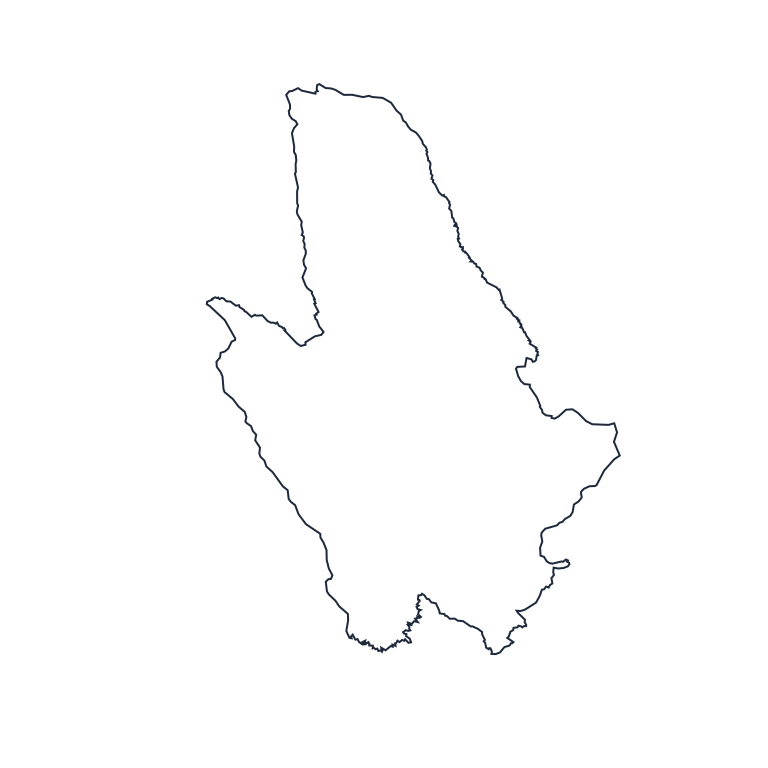 Nganjuk, Jawa Timur, Indonesia, rotated 135°
{"feature_id": "22746128B46559606025688", "entity_name": "Nganjuk", "entity_type": "district", "adm_level": 2, "iso_a3": "IDN", "parent_name": "Indonesia", "parent_adm1": "Jawa Timur", "projection": "equal_earth", "projection_center": [111.94, -7.615], "detail": "fine", "context": "isolated", "style": "outline", "palette": "slate", "viewbox_px": 768, "rotation_deg": 135, "n_neighbors": 0, "source": "geoboundaries", "source_scale": "gbopen_adm2", "svg_char_len": 6166}
<svg xmlns="http://www.w3.org/2000/svg" viewBox="0 0 768 768"><g transform="rotate(135 384 384)"><path d="M249.0,193.4L254.2,196.4L265.2,208.3L267.3,214.9L267.3,226.4L268.6,232.8L273.5,237.1L283.4,237.6L287.7,238.8L289.5,241.5L288.1,242.8L291.6,247.3L292.3,251.5L290.6,253.9L290.0,257.7L288.9,258.1L285.4,266.4L283.1,278.8L281.3,280.4L284.8,284.7L285.1,289.3L283.6,294.6L279.8,301.6L277.6,301.8L271.9,296.7L264.8,301.6L262.3,297.1L263.1,294.5L261.6,293.5L259.5,293.5L255.8,296.2L254.7,295.4L254.3,296.7L252.5,297.8L253.0,299.8L252.1,300.1L252.7,300.5L251.5,300.2L251.5,301.7L250.6,301.9L252.5,309.5L250.6,310.1L250.8,312.1L250.0,311.6L249.2,317.4L247.7,320.9L248.4,321.5L246.7,325.6L247.4,327.7L245.9,327.6L245.6,329.2L244.7,329.2L244.9,331.4L243.4,333.2L244.6,333.6L243.6,334.8L243.9,336.2L243.0,336.2L244.1,340.7L243.0,345.6L243.6,352.8L242.4,354.1L242.3,357.1L241.3,357.6L241.6,360.5L240.2,360.6L235.5,369.1L236.4,369.5L236.1,372.8L239.4,382.9L238.0,386.4L238.7,387.1L238.1,388.2L238.9,390.7L235.3,392.8L235.3,395.9L234.2,398.7L235.5,401.6L234.0,403.7L234.9,405.4L234.5,407.5L236.0,409.3L234.7,409.2L234.7,413.1L234.0,412.9L233.6,414.6L233.1,418.5L233.7,419.5L233.0,420.2L234.1,421.8L233.7,424.0L232.6,423.7L231.4,425.1L232.9,426.5L233.0,427.7L231.1,428.8L230.6,432.3L229.2,434.5L228.1,433.8L227.5,435.7L225.1,437.2L223.8,440.5L221.4,441.7L221.2,443.4L222.5,446.2L221.4,446.5L220.1,445.2L219.3,446.6L219.7,448.8L217.9,452.0L218.1,453.5L214.0,458.7L213.9,462.0L210.5,464.1L210.1,465.9L209.1,466.3L208.0,472.4L208.8,474.1L208.0,475.3L209.6,476.1L209.6,480.8L206.8,488.7L206.5,492.5L204.9,493.4L205.3,495.6L202.3,497.2L202.1,499.7L200.4,501.1L199.0,504.1L195.2,507.0L194.3,509.8L194.8,510.8L192.9,512.8L191.2,516.7L189.4,517.3L189.1,519.1L188.1,519.3L187.0,521.6L186.7,526.5L185.2,528.7L183.9,535.2L183.6,539.3L185.2,544.7L184.9,548.9L183.6,553.6L184.2,556.6L181.5,562.4L181.8,568.4L180.1,577.9L182.6,587.2L189.5,595.4L190.8,598.3L196.0,601.8L202.1,611.1L208.0,616.9L210.4,626.4L212.3,630.2L216.0,634.6L217.7,641.8L220.0,642.6L223.1,640.1L223.8,637.9L225.7,639.1L227.2,637.8L234.7,649.6L235.6,654.0L241.7,656.1L244.1,658.0L248.7,657.6L252.8,648.2L255.7,645.1L258.4,644.3L260.9,640.8L261.6,636.7L260.6,632.3L261.6,628.9L266.6,628.6L271.7,626.5L279.6,615.4L283.5,611.8L284.5,608.3L287.9,604.1L291.0,602.0L296.6,596.1L298.2,595.8L305.8,583.8L309.3,581.6L317.6,573.2L318.6,570.9L323.6,567.7L325.3,565.1L327.4,556.9L330.3,554.8L334.2,548.6L336.8,547.6L336.4,545.2L337.1,544.0L340.0,542.2L341.1,539.1L343.9,536.8L345.0,533.6L347.2,531.4L353.5,528.5L356.1,525.1L357.3,520.9L366.3,517.0L369.8,509.1L370.4,505.9L369.8,499.9L371.0,499.1L373.0,492.9L373.7,493.3L375.2,489.5L376.5,490.1L379.4,481.2L382.3,481.6L382.7,480.7L384.6,481.7L386.5,478.2L386.2,476.9L389.1,470.5L389.9,463.6L393.6,463.1L399.2,466.6L410.1,469.1L411.7,467.2L416.0,469.8L416.9,474.3L416.5,492.2L415.5,492.0L415.1,494.3L416.1,494.7L415.9,496.5L417.2,499.3L416.1,503.1L417.9,503.1L418.6,505.3L420.7,507.4L421.8,511.0L421.5,518.6L426.1,522.8L426.3,524.2L430.2,525.3L430.5,532.6L431.2,534.0L430.6,535.3L431.8,540.7L430.8,542.2L433.4,544.2L434.3,550.9L437.0,554.0L436.9,557.8L437.9,559.6L440.3,560.3L440.1,562.4L441.2,562.6L442.1,564.7L445.3,565.7L445.6,565.0L451.0,567.2L452.9,565.7L452.1,562.2L451.4,541.7L457.0,521.3L458.2,520.4L461.8,521.7L468.9,519.2L473.5,519.5L477.5,521.6L481.2,518.7L486.7,518.2L490.0,514.5L491.2,507.6L492.9,503.5L501.3,493.6L502.5,490.9L501.5,480.5L502.8,470.9L502.2,462.8L504.6,458.0L508.5,455.5L508.8,453.5L507.8,448.2L510.0,443.5L510.3,438.4L514.9,435.3L516.7,426.7L521.4,422.9L522.8,419.9L522.7,414.5L525.5,408.8L525.1,400.4L527.9,383.1L527.2,377.0L532.7,370.1L533.2,366.4L532.5,361.2L536.6,352.1L538.3,340.0L535.0,323.1L537.5,320.4L538.8,314.9L542.1,307.2L549.0,300.0L553.5,292.5L555.7,285.3L559.3,283.7L561.4,285.3L565.0,285.3L571.0,277.7L571.8,274.1L571.6,265.1L572.9,258.3L572.1,247.0L576.4,242.3L585.3,236.0L587.9,228.9L586.7,227.1L585.8,228.7L583.4,228.9L585.0,223.5L583.1,222.3L584.1,219.4L583.4,215.0L581.6,213.5L581.7,216.7L578.9,215.8L579.8,215.3L580.2,213.4L577.5,212.5L577.8,211.8L578.6,212.4L578.1,210.6L579.3,209.6L576.9,206.8L578.8,205.2L577.7,204.9L577.6,202.6L575.8,201.6L576.8,199.2L574.7,198.0L574.8,196.1L573.0,196.8L573.6,197.8L572.4,199.5L571.2,194.6L564.3,193.9L563.6,192.1L562.3,193.7L561.0,190.7L559.7,192.8L558.7,192.1L556.0,193.0L555.5,190.5L552.2,190.2L551.2,188.1L549.6,188.6L549.7,183.7L547.5,182.2L545.9,185.7L546.6,190.2L545.0,191.3L546.3,193.4L546.0,195.0L542.7,194.5L541.4,192.2L539.6,191.2L539.3,193.1L537.9,194.1L537.5,196.8L535.9,195.2L536.3,197.6L535.8,198.4L534.0,194.7L530.4,195.0L528.5,191.8L527.9,196.0L526.0,194.8L524.9,196.0L524.2,193.5L522.6,193.2L522.8,197.0L519.9,198.8L517.9,198.3L519.4,201.1L518.5,203.5L516.2,202.8L516.6,204.9L512.1,205.4L511.7,206.2L512.5,207.5L509.2,210.2L507.0,208.4L505.5,208.8L504.8,205.9L505.7,201.9L504.4,200.3L505.0,196.2L502.4,192.2L505.1,184.9L506.8,182.4L503.9,178.5L504.6,176.9L503.5,175.2L503.5,171.5L499.9,168.1L499.2,164.5L495.8,160.4L494.1,151.3L492.7,149.9L490.7,144.4L490.0,139.3L491.6,137.6L493.6,131.7L495.4,131.6L495.5,129.4L498.2,125.4L497.5,122.4L496.3,122.8L495.6,121.7L497.0,118.4L498.9,117.2L496.1,114.1L492.0,112.2L484.8,112.8L480.2,110.3L477.5,110.9L476.7,110.0L475.0,110.0L476.4,117.3L474.3,117.2L469.8,119.5L466.7,118.6L464.9,120.0L461.6,117.5L459.8,118.0L458.4,115.7L458.3,114.1L456.1,113.8L454.7,112.3L453.7,113.2L453.0,116.1L451.0,117.6L451.1,127.1L450.5,129.9L448.0,126.9L443.9,124.8L431.2,121.9L424.0,123.9L417.8,126.9L415.9,125.6L412.6,126.2L411.5,123.6L408.8,124.5L406.0,123.9L402.9,128.3L398.8,128.8L397.6,131.1L393.9,134.2L391.4,130.5L387.1,126.9L382.8,125.0L380.2,125.6L379.5,126.8L380.2,129.0L378.7,129.2L379.5,131.3L383.2,131.7L384.1,133.1L392.0,137.9L393.6,140.4L394.3,143.4L393.1,148.7L394.7,151.9L389.5,157.8L383.4,160.7L379.9,165.8L377.6,167.4L372.4,167.7L361.6,161.7L358.1,161.8L355.3,160.3L351.7,160.6L345.4,159.0L341.1,160.1L334.9,164.5L329.3,163.3L324.3,164.0L321.6,168.0L320.0,168.5L316.6,168.5L311.0,166.4L306.9,162.6L305.2,162.2L289.6,167.1L274.5,168.0L267.9,166.7L262.3,180.5L253.4,185.0L249.0,193.4Z" fill="none" stroke="#1e293b" stroke-width="2"/></g></svg>